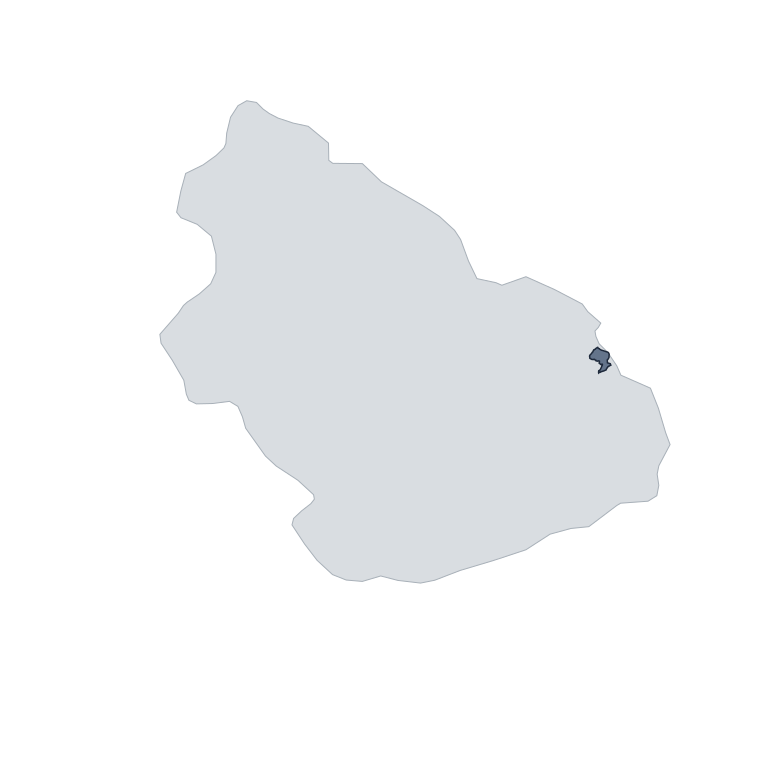 Samphelling, Chhukha, Bhutan (highlighted), rotated 217°
{"feature_id": "84629894B17389160207490", "entity_name": "Samphelling", "entity_type": "district", "adm_level": 2, "iso_a3": "BTN", "parent_name": "Bhutan", "parent_adm1": "Chhukha", "projection": "equal_earth", "projection_center": [89.481, 26.851], "detail": "fine", "context": "in_parent", "style": "filled", "palette": "slate", "viewbox_px": 768, "rotation_deg": 217, "n_neighbors": 0, "source": "geoboundaries", "source_scale": "gbopen_adm2", "svg_char_len": 3964}
<svg xmlns="http://www.w3.org/2000/svg" viewBox="0 0 768 768"><g transform="rotate(217 384 384)"><path d="M591.4,326.0L590.4,331.1L585.7,344.8L582.7,359.7L585.4,372.0L596.3,386.5L610.8,398.2L629.3,399.1L646.2,394.6L653.0,396.4L662.4,415.9L669.1,432.8L660.3,450.2L655.6,465.4L653.9,476.2L655.0,480.9L660.6,489.7L667.1,504.7L668.1,518.5L664.1,527.6L655.3,532.1L646.0,530.8L638.3,531.0L628.7,532.6L613.6,537.7L599.6,544.2L573.3,543.0L562.7,529.4L557.7,529.4L533.9,547.0L507.8,543.9L460.3,549.8L440.5,551.2L420.1,549.2L409.8,545.5L390.6,533.1L373.2,524.1L355.5,532.3L349.3,533.8L335.2,555.1L304.5,562.1L273.8,567.2L264.8,564.4L247.5,563.1L246.9,558.1L247.4,553.3L243.4,549.5L236.4,545.6L224.4,543.9L209.0,538.6L200.1,533.6L168.7,541.0L150.3,529.8L129.6,514.5L119.1,507.8L115.3,484.1L111.6,476.4L103.5,468.4L98.9,459.0L102.6,449.3L123.3,431.2L125.0,427.0L134.6,393.3L147.9,381.0L161.0,364.0L170.9,337.0L190.1,309.3L211.0,280.9L225.4,257.8L235.0,247.0L254.7,235.5L271.1,228.7L282.5,213.3L296.2,204.7L310.4,200.8L331.3,202.9L351.1,208.4L372.7,216.1L375.3,222.3L373.4,233.3L370.4,244.4L370.3,250.1L373.6,253.2L394.8,255.3L420.7,253.6L435.3,255.1L467.8,265.4L477.3,272.6L487.2,278.2L496.9,277.2L509.1,265.3L521.9,255.2L530.0,253.6L535.7,256.9L546.1,266.5L567.5,275.6L586.6,282.4L592.9,288.8L590.9,316.7L591.4,326.0Z" fill="#d9dde1" stroke="#a8b0b8" stroke-width="1"/><path d="M235.1,528.4L234.8,528.4L234.4,528.4L234.1,528.5L233.7,528.6L233.1,528.6L232.7,528.8L232.4,528.9L232.0,529.3L231.5,529.5L231.4,529.7L231.3,530.0L231.1,530.1L230.7,530.4L230.3,530.2L230.0,530.2L229.8,530.3L229.7,530.3L229.4,530.4L229.2,530.5L229.1,530.4L228.8,530.1L228.6,530.1L228.4,530.2L228.1,530.3L227.8,530.5L227.6,530.6L227.3,530.7L227.1,530.8L227.0,531.0L226.9,531.2L226.8,531.3L226.7,531.5L226.3,531.7L226.1,531.8L225.9,531.9L225.7,531.9L225.4,531.5L225.3,531.3L225.2,531.2L225.0,530.9L224.9,530.7L224.8,530.4L224.8,530.2L224.7,530.2L224.4,530.2L224.2,530.2L223.7,530.2L223.4,530.1L223.2,530.0L222.9,530.0L222.7,530.0L222.4,530.1L222.3,530.3L222.2,530.5L222.1,530.8L221.9,530.9L221.8,531.0L221.6,531.2L221.4,531.1L221.2,530.9L221.1,530.7L221.0,530.4L220.9,530.3L220.9,530.2L220.9,529.9L220.9,529.6L220.9,529.4L220.7,529.1L220.6,528.9L220.6,528.7L220.4,528.1L220.3,527.7L220.3,527.2L220.2,527.0L220.2,526.8L220.1,526.6L220.0,526.4L220.0,526.2L220.0,525.8L220.0,525.6L220.0,525.1L219.9,524.7L220.0,524.5L220.2,524.4L220.4,524.1L220.5,523.9L220.4,523.7L220.3,523.4L220.2,523.3L220.0,523.2L219.9,522.9L219.7,522.5L219.6,522.4L219.4,522.2L219.2,522.0L219.1,522.4L219.0,522.6L218.8,523.0L218.6,523.2L218.4,523.4L218.3,523.6L218.3,523.9L218.3,524.1L218.2,524.3L217.9,524.6L217.6,524.8L217.5,525.2L217.2,525.5L217.0,525.9L216.7,526.2L216.4,526.5L216.2,526.8L216.2,527.0L216.0,527.4L215.9,527.5L215.5,528.2L215.3,528.5L215.1,528.8L215.1,529.0L215.2,529.3L215.3,529.5L215.4,529.8L215.4,530.0L215.4,530.3L215.4,530.5L215.4,530.8L215.5,531.0L215.5,531.4L215.5,531.5L215.5,531.8L215.5,532.0L215.6,532.3L215.6,532.5L215.4,532.8L215.2,533.1L215.1,533.3L215.2,533.6L215.1,533.8L214.9,534.0L214.7,534.6L214.6,534.8L214.4,535.0L214.3,535.4L214.2,535.6L214.5,535.7L215.5,536.4L218.3,535.4L220.2,537.6L220.0,538.7L220.3,540.6L222.1,543.3L223.6,544.1L224.4,544.1L230.0,542.2L230.4,541.9L230.6,541.9L232.7,541.6L232.8,541.6L233.1,541.7L233.3,541.8L233.7,541.6L234.1,541.5L234.3,541.5L234.5,541.5L234.9,541.7L235.2,541.8L235.3,541.9L235.5,541.8L235.6,541.7L235.7,541.4L235.7,541.2L235.8,540.9L235.8,540.7L236.0,540.4L236.1,540.2L236.2,539.8L236.2,539.7L236.2,539.4L236.2,539.2L236.2,538.9L236.3,538.8L236.4,538.7L236.5,538.6L236.6,538.3L236.7,538.1L236.8,537.9L236.9,537.7L237.0,537.5L236.9,537.4L237.0,537.3L236.9,536.9L236.9,536.5L236.7,535.8L236.5,535.4L236.6,535.1L236.7,534.9L236.8,534.5L236.7,534.3L236.6,533.9L236.7,533.5L236.7,533.0L236.7,532.3L236.8,532.0L236.9,531.4L236.9,530.9L236.9,530.6L236.8,530.4L236.3,529.6L235.7,529.1L235.1,528.4Z" fill="#64748b" stroke="#1e293b" stroke-width="1.5"/></g></svg>